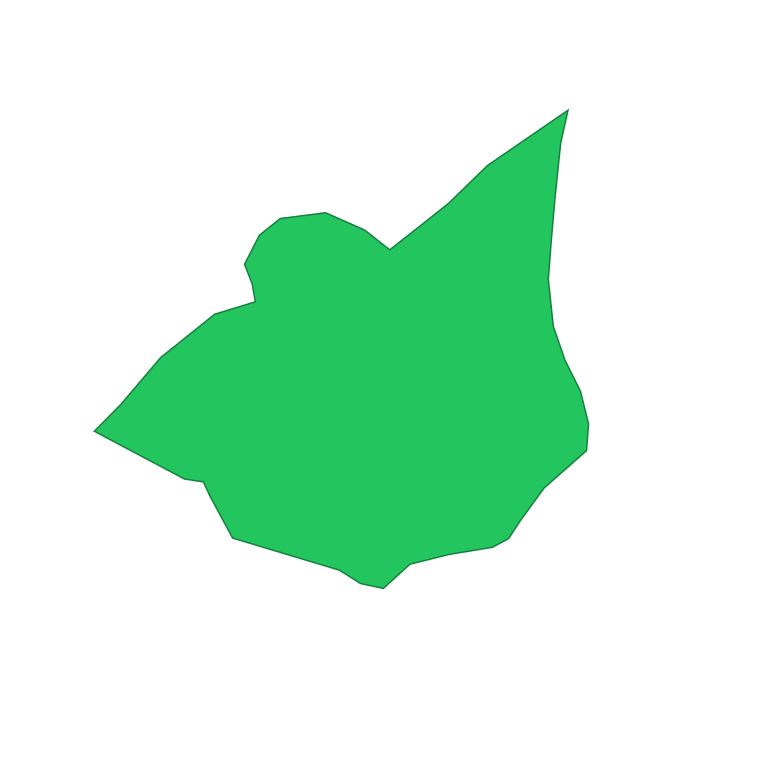 the district of Abtouyour, Guéra, Chad, rotated 245°
{"feature_id": "50815135B86536624745263", "entity_name": "Abtouyour", "entity_type": "district", "adm_level": 2, "iso_a3": "TCD", "parent_name": "Chad", "parent_adm1": "Guéra", "projection": "equal_earth", "projection_center": [18.122, 12.013], "detail": "fine", "context": "isolated", "style": "filled", "palette": "green", "viewbox_px": 768, "rotation_deg": 245, "n_neighbors": 0, "source": "geoboundaries", "source_scale": "gbopen_adm2", "svg_char_len": 675}
<svg xmlns="http://www.w3.org/2000/svg" viewBox="0 0 768 768"><g transform="rotate(245 384 384)"><path d="M355.4,178.9L308.3,181.7L234.0,265.0L213.2,278.3L199.0,297.0L209.7,331.4L209.7,331.5L202.0,371.2L190.2,413.3L191.2,431.5L202.7,450.1L222.1,485.2L238.0,539.4L261.3,552.5L294.3,559.0L329.0,558.1L364.7,561.8L409.5,577.2L444.3,596.8L480.0,617.4L527.6,645.9L554.4,666.5L538.3,570.2L520.6,519.3L514.3,493.4L503.2,445.9L531.7,431.5L563.9,403.4L577.8,360.0L571.5,333.9L551.4,308.2L530.2,306.8L512.9,302.1L518.8,260.1L502.4,192.9L476.8,137.0L463.7,101.8L463.6,101.5L382.1,163.1L371.7,178.9L355.8,178.9L355.4,178.9Z" fill="#22c55e" stroke="#15803d" stroke-width="1.5"/></g></svg>